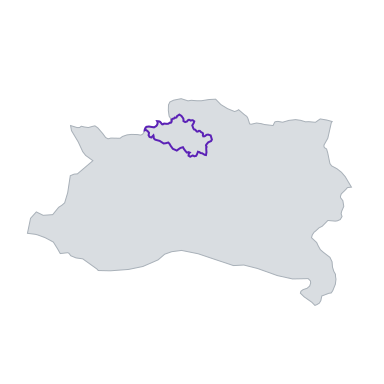 Haskovo on a map of Bulgaria (Natural Earth projection), rotated 188°
{"feature_id": "BGR-2232", "entity_name": "Haskovo", "entity_type": "Province", "adm_level": 1, "iso_a3": "BGR", "parent_name": "Bulgaria", "parent_adm1": "", "projection": "natural_earth1", "projection_center": [25.843, 41.878], "detail": "fine", "context": "in_parent", "style": "outline", "palette": "violet", "viewbox_px": 384, "rotation_deg": 188, "n_neighbors": 0, "source": "natural_earth", "source_scale": "10m", "svg_char_len": 3907}
<svg xmlns="http://www.w3.org/2000/svg" viewBox="0 0 384 384"><g transform="rotate(188 192 192)"><path d="M321.5,240.9L314.7,239.8L312.3,240.2L310.8,241.7L307.6,241.4L303.6,241.4L299.5,243.2L297.3,244.0L294.2,242.4L288.5,237.4L285.1,233.9L282.5,233.0L279.9,234.1L270.7,235.2L268.6,237.3L264.3,239.5L260.1,240.6L253.9,241.3L250.7,241.2L248.9,242.3L247.4,245.6L246.4,248.7L245.5,250.0L237.8,251.6L236.1,253.5L235.7,255.2L235.8,257.0L229.7,255.3L225.0,256.5L223.9,257.8L222.9,259.8L223.5,261.9L225.2,263.9L226.8,269.5L227.4,275.0L226.4,278.1L222.9,280.4L215.7,282.9L208.6,281.7L205.5,282.7L200.3,283.0L195.6,283.6L188.2,285.9L181.5,287.2L175.6,282.6L168.5,279.5L161.0,277.6L158.4,279.0L157.3,280.0L151.1,276.0L148.3,274.5L147.0,272.9L144.4,267.5L142.9,267.3L137.7,269.3L132.8,269.3L129.8,268.9L121.0,269.1L119.8,272.8L118.7,273.4L116.7,273.9L112.0,273.7L106.0,276.4L99.5,278.1L94.5,278.1L89.3,277.3L86.2,277.9L79.5,278.2L75.2,282.2L68.5,282.0L63.0,281.3L63.7,280.0L65.0,264.1L67.8,257.0L67.7,255.6L67.1,254.4L64.7,253.3L63.0,249.5L59.4,239.4L57.4,237.3L51.7,235.2L46.7,232.3L42.4,228.5L34.8,219.0L38.7,218.0L39.9,216.1L43.9,210.9L44.4,208.3L44.0,206.9L41.4,204.4L39.7,198.9L41.1,193.8L41.3,191.2L40.0,188.6L41.4,185.3L44.2,183.6L46.0,183.1L53.5,182.7L58.3,176.2L61.2,174.2L64.2,170.5L65.5,169.2L66.9,166.3L67.3,163.4L61.5,159.3L59.5,156.2L56.9,152.8L53.4,150.5L46.3,146.5L43.6,142.4L42.4,137.1L40.5,133.1L38.5,130.5L38.1,128.3L37.3,125.7L37.2,120.6L38.9,113.8L40.1,111.4L42.5,110.7L49.0,107.1L49.3,102.4L50.5,99.6L52.6,97.9L54.5,96.8L58.0,99.5L66.4,103.8L70.6,106.9L70.3,108.9L68.4,110.8L64.6,112.7L62.4,115.2L61.8,118.3L62.3,120.4L64.9,122.4L80.3,119.9L95.8,121.1L116.6,125.4L130.5,126.9L140.7,124.9L159.7,128.4L177.3,131.7L194.2,132.7L203.7,130.1L210.4,126.6L216.1,120.1L230.3,111.4L244.0,106.5L261.9,102.6L273.9,101.2L275.6,102.6L290.9,110.6L297.7,110.6L303.2,112.0L305.2,114.1L306.6,114.6L313.9,112.7L317.2,117.0L322.3,123.1L331.0,126.3L338.7,128.0L341.1,128.3L349.2,128.2L348.2,143.5L343.4,150.6L336.1,148.2L326.8,150.2L321.9,158.3L319.1,160.7L316.6,163.5L315.0,174.0L314.8,191.2L311.2,193.3L308.0,194.0L294.5,209.2L302.4,213.4L305.8,216.7L311.6,225.7L319.9,236.0L321.5,240.9Z" fill="#d9dde1" stroke="#a8b0b8" stroke-width="1"/><path d="M247.5,246.5L247.5,247.0L247.3,248.1L246.9,249.3L246.2,250.2L243.8,250.9L238.6,250.7L236.5,252.4L235.8,253.9L235.6,255.3L235.9,256.6L236.4,257.3L234.5,257.4L233.4,257.1L232.8,256.6L231.4,255.2L231.0,254.9L230.3,254.9L229.2,255.9L226.4,256.0L225.0,256.3L223.7,257.4L223.3,257.5L223.0,257.5L222.6,257.6L222.3,258.0L222.0,258.8L222.0,259.7L222.1,260.6L222.3,261.4L222.6,261.7L222.2,261.5L220.1,262.2L219.5,263.3L218.6,263.2L217.7,263.7L217.4,265.0L215.3,266.9L213.1,265.9L210.8,263.5L210.5,262.3L210.3,261.0L208.5,260.3L206.7,261.2L206.1,262.4L205.1,263.1L204.2,263.0L203.3,262.5L202.2,263.0L201.3,263.2L199.6,262.3L199.9,260.6L201.0,258.0L199.7,255.5L199.1,254.7L198.6,254.2L197.6,254.2L196.8,253.6L195.8,252.6L194.7,252.6L193.8,253.5L192.7,253.6L191.6,252.7L189.6,251.9L189.1,251.0L189.2,249.7L188.6,248.7L187.6,248.8L186.8,249.3L185.6,250.6L184.1,251.1L181.4,250.6L179.6,246.7L180.2,245.1L182.8,243.5L184.5,240.8L184.6,239.7L184.1,239.2L183.8,238.6L184.1,237.9L183.7,235.6L183.2,233.4L183.3,230.5L183.8,230.5L184.6,230.6L185.6,231.0L187.4,231.8L188.5,231.7L189.1,231.8L189.5,232.0L190.0,232.5L190.6,232.6L191.2,232.6L191.7,232.7L192.2,230.4L192.9,228.4L194.6,227.7L196.3,228.3L198.7,226.7L200.5,227.5L200.5,228.6L200.4,229.7L199.7,230.7L201.0,231.0L202.5,230.3L203.9,231.4L206.0,233.5L207.2,235.1L209.6,234.0L211.7,232.1L212.3,231.3L213.0,230.9L213.4,231.1L217.0,232.1L219.6,234.8L221.0,236.6L222.4,237.7L224.6,236.7L226.8,236.1L231.1,238.1L235.7,238.7L237.3,239.8L237.7,241.7L238.1,242.7L238.9,241.6L239.9,240.3L241.7,240.6L242.9,242.2L242.8,244.6L243.9,245.7L245.1,246.5L246.4,247.1L247.5,246.5L247.5,246.5Z" fill="none" stroke="#5b21b6" stroke-width="2"/></g></svg>